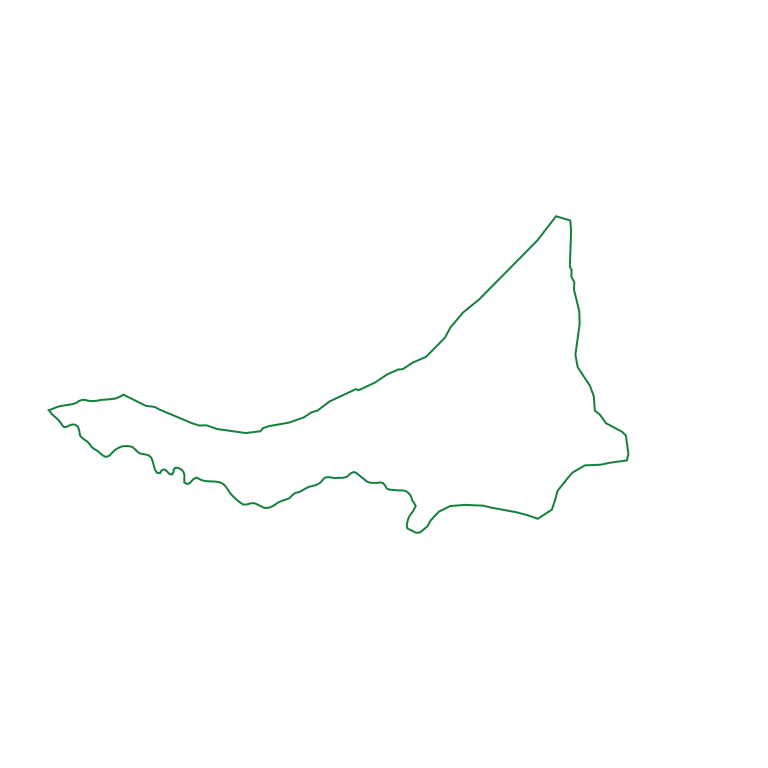 Chimaltenango, Chimaltenango, Guatemala (Mercator projection), rotated 222°
{"feature_id": "79465075B80074787415799", "entity_name": "Chimaltenango", "entity_type": "district", "adm_level": 2, "iso_a3": "GTM", "parent_name": "Guatemala", "parent_adm1": "Chimaltenango", "projection": "mercator", "projection_center": [-90.802, 14.686], "detail": "fine", "context": "isolated", "style": "outline", "palette": "green", "viewbox_px": 768, "rotation_deg": 222, "n_neighbors": 0, "source": "geoboundaries", "source_scale": "gbopen_adm2", "svg_char_len": 3238}
<svg xmlns="http://www.w3.org/2000/svg" viewBox="0 0 768 768"><g transform="rotate(222 384 384)"><path d="M615.6,140.2L610.4,139.4L604.8,139.4L601.4,139.4L598.5,138.8L594.9,137.9L592.8,138.0L590.9,140.2L589.9,143.3L588.4,145.5L586.3,147.1L583.0,147.5L579.1,145.3L577.3,143.8L575.0,142.2L572.8,142.0L569.1,142.2L565.8,142.7L562.1,142.2L558.9,141.6L556.0,141.7L554.1,142.3L550.7,142.6L548.3,142.6L544.9,142.8L542.0,143.6L540.1,147.0L540.0,151.6L539.7,154.7L538.9,158.0L537.8,160.7L536.6,162.8L535.2,164.3L533.4,166.0L531.1,167.6L529.1,168.8L526.4,168.9L523.1,168.8L520.3,168.7L518.3,169.4L515.7,171.0L513.7,172.3L510.8,173.6L507.8,173.5L505.8,172.6L502.5,170.7L499.0,168.4L497.4,167.3L495.5,166.6L493.3,166.2L490.8,167.8L491.5,171.1L489.8,173.8L487.1,173.9L483.8,173.5L481.1,174.7L481.4,177.6L483.0,179.7L483.0,182.1L481.0,183.9L477.0,184.9L473.6,184.3L470.8,182.2L468.7,179.6L466.5,177.2L463.2,178.0L462.2,180.1L462.0,182.1L462.0,185.3L461.0,188.8L458.2,189.7L455.8,190.3L452.5,191.9L450.3,193.4L447.0,196.2L444.6,198.2L440.9,200.7L439.1,201.5L436.4,202.1L433.6,202.0L429.2,200.9L425.2,199.9L422.6,199.6L419.3,199.5L416.1,199.4L413.7,199.5L410.6,199.8L408.2,200.2L406.3,201.6L405.0,203.3L403.4,205.8L401.1,208.4L398.9,209.3L395.1,210.4L391.3,211.4L388.8,212.8L386.6,215.3L385.0,218.6L384.4,220.5L384.0,222.6L383.6,224.6L382.1,228.0L381.0,230.0L377.9,235.7L377.7,239.8L377.5,242.1L376.6,244.3L374.5,247.4L373.5,250.2L372.9,252.3L371.9,255.1L370.8,257.7L369.3,259.7L367.3,262.8L366.1,265.4L365.4,267.6L365.3,269.6L365.5,273.1L365.1,275.1L363.6,277.0L361.2,278.9L358.9,280.2L357.0,281.7L355.2,283.6L352.8,285.8L350.3,288.7L349.3,291.1L348.9,295.6L347.3,298.6L344.7,299.4L338.7,299.7L335.5,299.9L332.0,300.0L330.2,300.5L328.0,301.5L326.5,302.8L323.3,305.5L320.9,308.3L318.5,309.7L315.3,309.3L312.1,308.2L309.5,309.0L307.2,310.7L304.0,313.1L302.2,314.5L300.4,316.0L298.9,317.5L296.5,318.9L292.7,319.4L289.0,318.7L287.1,317.7L285.4,316.4L282.4,315.8L278.9,314.7L277.3,309.1L276.6,302.6L275.8,300.1L273.9,296.2L272.6,294.4L270.1,292.3L260.7,294.8L257.9,297.9L256.5,307.1L258.1,314.0L257.8,325.9L253.2,337.5L242.8,348.5L228.8,360.0L220.7,364.4L200.1,377.1L189.0,382.8L179.5,386.8L175.2,403.0L179.6,413.2L183.5,420.6L184.6,439.0L184.6,444.4L180.3,457.9L169.2,468.8L163.3,476.8L152.4,489.7L155.4,495.4L169.8,507.6L175.2,507.8L192.8,503.4L203.3,505.7L209.6,505.3L219.6,515.1L229.6,520.4L251.3,526.1L261.4,533.9L278.8,559.6L287.8,568.9L305.9,581.2L310.6,586.9L316.8,589.3L320.9,594.3L324.3,595.5L348.3,624.0L355.0,630.1L368.4,623.8L366.1,593.3L369.9,510.2L373.1,490.1L372.5,470.6L369.7,459.1L371.0,432.2L377.1,418.9L380.0,407.4L383.1,404.4L388.1,393.1L391.7,379.0L398.6,362.6L401.5,361.3L412.8,334.6L415.6,319.8L418.8,314.7L421.3,305.4L428.6,292.0L441.2,275.8L444.3,270.5L444.3,266.1L454.0,255.0L478.3,238.6L488.2,234.6L493.5,229.5L500.1,226.5L534.0,214.7L538.9,213.6L546.4,208.4L570.6,201.7L571.3,198.8L572.7,195.9L573.8,193.6L577.2,189.6L580.5,186.1L582.9,183.7L584.8,181.2L586.7,178.8L588.4,177.0L590.0,175.5L592.8,173.5L595.4,172.2L597.5,170.5L599.4,167.1L599.7,164.8L601.6,161.2L603.3,159.0L604.8,157.1L607.1,154.4L608.7,152.2L610.0,150.6L611.1,148.9L612.6,146.1L613.8,143.4L615.6,140.2Z" fill="none" stroke="#15803d" stroke-width="2"/></g></svg>